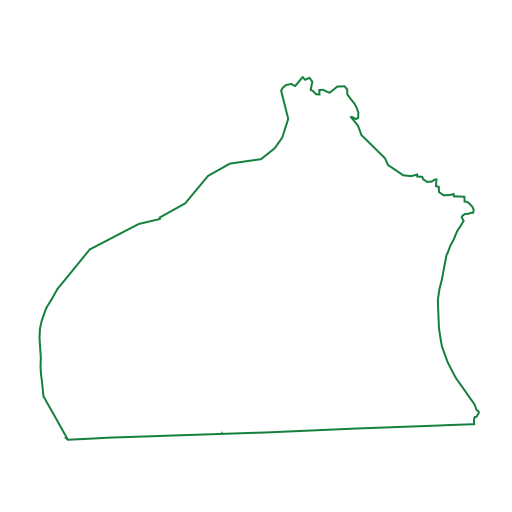 the district of Lower Niumi, North Bank, Gambia, rotated 178°
{"feature_id": "56634734B30137768679203", "entity_name": "Lower Niumi", "entity_type": "district", "adm_level": 2, "iso_a3": "GMB", "parent_name": "Gambia", "parent_adm1": "North Bank", "projection": "natural_earth1", "projection_center": [-16.449, 13.506], "detail": "fine", "context": "isolated", "style": "outline", "palette": "green", "viewbox_px": 512, "rotation_deg": 178, "n_neighbors": 0, "source": "geoboundaries", "source_scale": "gbopen_adm2", "svg_char_len": 2451}
<svg xmlns="http://www.w3.org/2000/svg" viewBox="0 0 512 512"><g transform="rotate(178 256 256)"><path d="M451.9,80.3L450.4,78.9L437.0,79.1L430.6,79.2L423.7,79.3L409.1,79.6L367.2,79.5L346.9,79.5L295.7,79.4L295.7,79.7L295.4,79.4L275.8,79.4L252.8,79.3L248.0,79.3L239.4,79.4L193.1,79.8L159.3,80.1L149.1,80.1L146.9,80.1L80.5,80.2L69.9,80.3L43.9,80.3L43.9,81.8L43.9,84.9L43.0,87.5L41.2,87.6L39.9,89.9L38.9,91.0L38.9,92.8L41.0,94.5L42.3,98.8L43.3,100.8L53.4,116.3L58.0,123.3L60.0,126.2L61.4,128.9L62.8,131.7L68.2,143.2L71.8,154.4L72.8,157.5L73.3,159.0L74.2,165.1L74.6,168.2L75.7,177.7L75.7,184.0L75.8,195.9L75.8,205.8L73.9,216.2L70.9,226.6L69.8,231.5L69.2,234.4L65.5,250.6L64.5,252.0L64.4,252.3L61.5,259.3L60.7,260.7L57.8,265.6L57.2,267.0L54.4,273.2L54.0,274.0L50.8,278.4L47.9,282.9L47.3,283.9L49.1,287.5L48.1,289.2L46.8,290.0L45.8,290.7L44.5,290.7L43.5,290.7L42.5,290.7L42.0,290.9L40.5,291.4L40.0,291.6L37.5,291.6L36.8,294.5L38.0,297.6L41.3,301.4L43.6,302.8L45.6,303.1L45.7,308.0L52.6,308.5L56.2,308.7L56.2,308.9L56.3,311.0L60.3,310.2L66.3,310.1L70.9,313.5L70.9,318.7L73.7,319.6L73.0,326.2L74.5,326.2L78.0,324.2L82.2,324.1L82.3,324.1L86.1,326.7L87.1,329.3L92.1,329.8L92.1,331.8L97.7,330.5L98.2,330.4L106.0,331.5L120.9,342.3L123.7,349.2L146.5,373.3L149.3,382.2L151.9,385.9L156.2,391.4L155.4,391.7L151.4,389.4L149.1,390.3L148.7,395.7L150.2,400.6L151.8,403.9L152.2,404.7L155.8,409.5L159.1,414.4L159.1,419.3L161.6,422.5L168.8,422.5L176.7,416.6L179.8,417.9L183.0,419.7L186.9,419.7L186.9,415.2L190.4,415.6L193.2,418.8L195.6,420.1L193.6,428.2L196.4,432.2L200.7,430.4L203.1,433.1L203.7,432.5L210.9,424.5L214.9,426.7L220.0,425.8L222.2,424.1L223.5,423.1L225.0,420.5L225.1,420.3L223.3,411.9L219.0,392.0L225.6,373.5L233.5,363.1L236.0,361.2L247.1,353.0L247.6,352.6L271.1,350.1L274.9,349.7L279.0,349.2L301.0,337.8L303.9,334.6L313.1,324.3L314.6,322.7L317.8,319.1L318.5,318.3L324.9,311.1L350.9,297.8L350.8,296.3L372.1,292.1L396.9,280.3L397.2,280.1L421.9,268.4L424.2,265.8L424.3,265.7L430.3,258.8L443.4,243.8L455.1,230.5L455.2,230.3L455.4,230.3L459.4,223.7L461.0,221.0L462.0,219.5L466.1,213.4L467.7,210.8L471.0,202.4L471.5,201.2L472.3,199.1L472.7,197.7L474.4,191.2L475.2,182.1L474.9,170.7L474.8,167.9L474.6,161.7L474.9,157.1L475.2,152.9L475.2,152.1L475.0,145.5L474.7,142.5L474.1,135.8L474.0,133.7L473.6,126.9L473.3,123.2L473.2,123.2L469.3,115.4L469.1,115.2L467.3,111.6L463.6,104.6L456.5,90.7L451.1,80.3L451.9,80.3Z" fill="none" stroke="#15803d" stroke-width="2"/></g></svg>